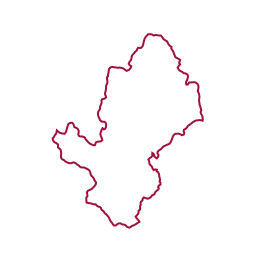 the district of Tarumirim, Minas Gerais, Brazil, rotated 285°
{"feature_id": "56859067B24314979756664", "entity_name": "Tarumirim", "entity_type": "district", "adm_level": 2, "iso_a3": "BRA", "parent_name": "Brazil", "parent_adm1": "Minas Gerais", "projection": "mercator", "projection_center": [-41.91, -19.288], "detail": "fine", "context": "isolated", "style": "outline", "palette": "rose", "viewbox_px": 256, "rotation_deg": 285, "n_neighbors": 0, "source": "geoboundaries", "source_scale": "gbopen_adm2", "svg_char_len": 4572}
<svg xmlns="http://www.w3.org/2000/svg" viewBox="0 0 256 256"><g transform="rotate(285 128 128)"><path d="M217.5,149.1L218.1,147.5L219.2,145.6L220.6,144.4L221.7,143.4L222.3,141.6L222.8,140.0L223.5,138.7L224.8,137.4L225.8,135.7L225.3,133.6L225.2,131.9L225.0,130.5L224.0,129.0L224.5,127.0L224.3,124.9L223.7,123.1L222.0,122.3L220.4,121.5L218.6,120.9L216.6,120.9L214.4,120.9L212.7,121.1L210.8,120.9L209.2,120.3L208.4,118.9L208.1,117.0L206.6,116.5L205.2,116.4L203.6,115.3L201.5,114.4L200.1,113.6L198.3,113.0L196.9,113.3L194.7,113.3L192.8,112.6L191.5,112.2L190.2,112.1L189.2,113.3L188.5,115.2L186.6,115.0L184.6,114.0L183.7,112.9L182.8,111.9L183.6,109.9L184.4,107.7L184.4,106.2L184.2,104.2L183.5,102.5L183.4,101.0L183.1,99.2L183.0,97.0L181.8,95.2L179.9,94.4L178.0,94.6L176.1,94.9L174.5,94.9L172.9,95.3L171.7,94.6L170.0,95.0L168.1,95.9L166.1,96.4L164.5,96.1L162.8,96.0L161.1,96.4L159.8,96.7L158.0,96.8L155.8,96.8L154.4,97.2L153.3,98.1L151.9,98.9L150.6,98.0L149.7,96.9L149.1,95.5L147.5,95.2L145.9,96.0L143.5,95.8L141.2,95.5L139.3,96.0L138.0,95.7L135.9,95.1L134.0,95.2L132.4,96.0L131.1,96.7L130.1,97.7L128.6,98.7L127.4,100.5L127.6,102.2L127.9,103.5L127.3,105.0L125.8,106.0L124.3,106.3L122.8,106.4L121.3,106.1L120.4,105.1L121.2,103.5L119.6,103.0L117.7,102.9L116.1,102.7L114.4,103.1L112.7,104.2L111.3,105.4L109.6,106.3L108.2,105.4L107.4,103.5L106.9,102.2L105.8,100.7L104.1,100.6L102.8,100.5L102.4,98.9L102.7,97.0L103.0,95.3L103.9,93.4L105.3,91.4L106.2,90.0L107.8,88.5L108.0,85.9L107.4,83.9L107.8,82.5L109.1,81.6L110.8,81.5L112.4,81.2L113.9,80.0L114.7,78.2L115.0,76.0L116.1,75.2L117.5,74.4L118.6,72.6L117.9,70.7L116.3,69.3L114.5,69.2L111.0,69.1L109.5,69.2L107.7,69.0L106.0,68.2L105.7,65.9L105.6,64.4L105.8,63.0L106.5,61.4L107.3,59.9L105.6,60.0L103.7,60.0L102.2,59.2L99.8,58.7L98.7,57.9L96.8,58.7L95.6,60.0L95.1,61.4L94.7,63.1L93.8,64.8L91.2,65.4L90.5,66.7L89.9,68.1L88.6,69.1L87.3,69.6L86.0,70.1L84.0,70.4L82.4,70.9L80.8,72.2L80.5,74.3L79.5,76.0L79.0,78.5L78.8,80.4L79.3,82.2L80.7,84.1L80.5,86.4L79.6,88.2L79.1,90.2L78.2,91.4L77.8,92.8L78.2,94.5L78.5,96.4L78.0,98.2L77.8,99.8L76.9,101.8L75.4,102.9L73.8,103.8L72.4,105.0L71.5,106.6L70.4,108.0L68.8,109.2L67.2,111.2L65.3,111.4L63.9,111.0L62.5,110.3L61.1,109.5L59.4,108.5L58.0,106.7L56.8,105.4L55.3,104.9L53.5,105.8L51.6,106.5L50.2,105.8L48.5,106.1L46.8,106.7L45.2,107.4L45.3,109.7L45.6,111.7L45.4,113.3L45.5,114.9L45.9,116.5L44.9,118.0L44.4,119.7L44.4,121.4L43.7,122.6L42.3,123.5L41.7,124.8L41.1,126.3L39.7,127.4L39.2,128.9L38.3,130.3L37.4,131.7L36.2,133.1L34.7,134.1L33.3,135.5L32.1,137.3L30.9,138.5L30.2,139.9L30.8,141.6L32.5,142.6L33.4,143.7L33.9,145.3L33.4,147.5L33.7,150.1L33.1,151.4L32.3,152.5L32.0,154.9L33.3,156.4L34.5,157.1L35.4,158.7L37.0,160.3L38.5,161.6L40.3,163.3L41.4,162.3L42.1,161.2L43.1,159.7L44.5,158.3L45.6,159.0L47.2,159.8L48.8,160.2L50.8,159.6L52.2,160.7L53.8,160.4L55.6,159.9L57.3,160.2L58.6,159.6L60.2,159.6L61.7,160.7L63.6,160.5L65.0,161.2L64.9,163.3L64.8,165.4L65.8,166.8L67.2,168.0L69.1,168.6L70.8,170.7L72.7,170.7L74.0,171.5L75.3,172.3L76.6,173.3L77.9,173.3L78.8,172.4L80.3,172.6L81.7,174.0L83.5,173.5L84.5,172.4L86.2,172.4L87.6,171.7L89.3,170.8L91.6,169.8L93.1,168.6L93.6,166.9L95.2,166.7L95.0,164.8L94.0,163.8L94.9,162.5L96.8,161.2L98.0,159.3L98.7,158.1L99.9,157.6L101.4,157.0L102.8,155.8L104.6,156.8L105.8,158.0L107.4,158.7L108.8,158.3L110.2,158.0L109.8,159.2L108.7,160.2L107.5,160.7L106.8,161.9L106.1,163.7L107.4,164.3L108.8,164.6L110.2,164.2L111.1,163.0L113.0,162.8L114.7,164.0L116.1,165.3L117.5,166.0L119.2,166.9L120.1,167.9L121.1,169.1L122.5,170.9L123.6,172.2L125.3,172.9L127.6,173.2L129.6,173.4L131.6,173.6L133.2,174.0L134.5,175.1L135.0,176.4L135.6,178.0L135.6,179.9L135.0,182.0L136.1,183.6L137.9,183.6L139.0,182.6L140.9,182.5L142.1,183.9L143.9,184.9L145.6,185.3L146.9,186.5L148.6,187.9L150.4,189.0L151.6,190.3L152.9,191.8L153.5,193.4L154.1,194.8L154.4,196.4L154.3,198.1L155.6,198.1L157.0,197.5L158.3,197.0L159.5,196.0L160.6,194.9L162.1,194.0L164.1,194.2L165.4,193.4L166.8,192.6L168.0,191.9L169.0,191.1L170.5,190.6L171.9,189.9L173.8,189.3L176.5,189.0L178.0,188.4L179.2,187.8L180.4,187.0L181.7,185.8L183.3,185.8L185.4,185.6L187.1,185.0L188.5,183.8L189.3,182.0L189.5,180.6L188.9,178.8L188.3,177.0L187.8,175.3L185.6,174.6L185.0,173.3L186.1,172.4L188.0,172.2L189.3,172.7L191.3,172.7L193.5,172.6L195.1,171.5L195.6,169.5L195.4,167.5L196.3,165.7L196.6,163.7L197.6,161.8L199.3,160.3L201.1,160.9L202.9,161.9L204.0,160.6L205.5,160.6L207.2,160.7L207.8,159.2L208.1,157.7L208.7,155.5L210.0,154.5L211.7,153.2L213.5,152.0L214.7,150.7L216.0,149.2L217.5,149.1Z" fill="none" stroke="#9f1239" stroke-width="2"/></g></svg>